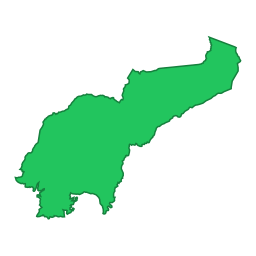 outline of Juscimeira, Mato Grosso, Brazil
{"feature_id": "56859067B77802724156485", "entity_name": "Juscimeira", "entity_type": "district", "adm_level": 2, "iso_a3": "BRA", "parent_name": "Brazil", "parent_adm1": "Mato Grosso", "projection": "natural_earth1", "projection_center": [-55.01, -16.21], "detail": "fine", "context": "isolated", "style": "filled", "palette": "green", "viewbox_px": 256, "rotation_deg": 0, "n_neighbors": 0, "source": "geoboundaries", "source_scale": "gbopen_adm2", "svg_char_len": 5748}
<svg xmlns="http://www.w3.org/2000/svg" viewBox="0 0 256 256"><path d="M25.0,157.2L25.2,158.2L24.8,159.8L22.7,162.6L21.9,164.6L22.1,165.5L21.4,167.7L20.8,168.6L20.0,169.4L22.0,169.9L22.0,170.9L22.4,171.7L23.3,171.4L24.0,171.8L22.9,173.8L22.3,176.1L21.4,176.8L19.4,177.3L18.4,177.3L17.3,177.9L15.4,177.5L16.2,180.2L17.5,181.7L18.5,182.4L21.1,183.6L22.6,183.3L23.4,183.9L24.5,183.7L25.3,183.7L25.2,186.8L26.0,187.2L26.8,187.1L27.7,187.4L28.8,187.2L29.6,186.8L30.0,187.4L31.7,186.8L32.6,187.0L33.1,188.0L33.8,188.4L33.1,190.3L33.5,191.2L34.4,191.2L34.9,190.6L36.0,188.4L37.1,184.4L37.7,183.4L38.7,182.6L38.3,183.9L38.4,186.1L37.9,187.3L37.7,188.3L37.9,189.1L37.9,190.2L39.0,190.9L41.4,190.4L42.1,190.5L41.6,191.6L39.8,192.7L39.7,193.8L40.7,196.3L39.8,196.0L38.2,194.7L37.1,195.1L37.0,196.1L37.2,197.0L38.0,196.9L40.3,198.6L40.5,199.6L40.1,200.4L40.0,201.6L40.3,203.2L39.5,205.0L40.3,205.5L40.6,206.3L41.3,206.7L41.9,207.4L39.1,209.5L39.3,210.7L39.2,212.0L37.0,215.3L36.7,216.4L37.5,216.7L39.6,216.5L41.5,215.7L42.3,215.7L42.8,215.0L43.6,215.1L44.0,216.0L44.9,216.8L45.8,216.5L46.7,216.9L47.5,217.5L48.3,218.8L49.2,218.6L50.1,216.7L52.0,217.3L52.8,217.1L53.9,216.7L54.2,215.7L54.9,216.1L56.0,215.8L57.9,216.7L58.9,216.8L60.6,216.3L62.4,216.9L64.5,216.8L64.0,213.2L64.1,212.0L63.1,209.8L64.7,210.3L66.4,210.2L67.1,210.5L66.8,211.5L66.8,212.5L66.6,213.4L67.3,214.2L68.8,213.3L70.7,212.6L71.7,211.2L71.9,210.2L70.9,209.5L70.0,209.5L70.0,207.8L71.5,207.0L71.3,206.0L70.4,205.4L70.9,204.9L71.9,204.5L72.7,204.7L73.4,204.4L74.0,202.4L74.6,201.6L76.4,200.8L77.0,200.2L77.0,199.1L77.4,198.0L76.9,197.2L76.1,197.5L75.3,198.2L75.3,199.5L74.6,200.5L73.6,200.9L71.7,200.8L72.4,199.9L73.3,199.3L73.8,197.4L70.6,198.9L69.8,198.8L70.0,197.9L70.5,197.1L70.2,196.1L69.6,195.2L70.2,194.6L70.6,192.9L71.9,193.6L72.8,193.8L76.8,194.2L77.9,194.0L79.5,194.5L82.8,193.0L83.4,192.3L84.4,191.8L85.7,192.3L86.6,192.2L90.7,193.7L92.7,193.5L94.1,194.0L96.3,194.9L98.8,197.5L99.6,199.2L100.2,203.6L102.5,206.2L102.7,207.6L103.2,208.9L103.3,210.4L103.4,211.9L103.0,213.5L104.0,214.0L105.0,213.8L105.8,212.9L106.1,211.2L106.9,210.6L108.4,210.4L108.6,209.2L107.4,207.1L108.3,206.1L109.2,206.3L110.0,207.3L110.8,207.7L111.8,207.3L111.9,206.4L111.6,205.6L110.1,204.5L109.5,203.4L110.0,202.5L112.2,202.6L114.1,201.2L114.6,200.3L114.4,199.4L114.5,198.3L115.0,197.3L113.6,197.1L113.6,193.9L113.9,192.5L114.9,191.1L114.6,189.7L115.0,188.7L115.2,187.4L116.2,187.2L117.8,186.1L117.6,185.3L117.0,184.8L117.5,184.0L118.0,182.5L119.0,183.3L119.6,182.0L120.4,181.9L121.3,181.2L121.1,180.3L121.7,178.4L122.6,178.2L122.5,177.0L123.2,175.6L123.2,173.1L121.4,169.0L121.3,168.0L121.7,165.6L123.0,163.8L122.9,162.8L122.3,161.1L123.8,160.1L124.2,158.6L124.9,157.4L125.9,156.7L125.7,155.8L126.5,155.3L127.8,155.8L128.6,155.2L129.3,152.5L129.6,150.1L129.4,149.3L128.9,148.4L128.9,147.5L129.4,146.0L129.2,145.2L129.6,144.3L130.5,144.4L131.6,145.2L132.7,144.5L134.6,145.1L135.5,144.8L135.8,143.5L136.5,143.6L137.6,145.1L138.3,145.7L139.2,145.8L139.9,146.3L141.4,146.4L142.0,146.1L142.0,144.6L142.9,144.3L144.3,144.4L144.7,143.3L145.9,143.5L146.5,143.3L147.2,142.1L148.1,142.7L149.1,142.5L150.3,139.8L151.8,138.0L152.7,137.4L152.8,136.4L153.8,135.6L154.4,134.7L155.0,132.0L156.0,129.7L156.3,128.2L157.8,126.6L159.5,126.4L161.9,124.4L164.4,123.5L165.3,122.8L169.2,121.2L169.7,120.6L169.8,119.6L172.6,117.9L173.0,116.7L173.6,116.2L175.7,115.6L176.9,115.8L177.6,116.7L178.4,117.0L179.6,117.1L180.7,116.5L181.7,113.9L183.2,113.4L184.9,111.3L188.0,109.5L188.6,108.9L189.5,107.4L190.2,107.2L192.1,107.7L194.5,105.7L195.9,105.0L196.8,105.0L199.8,104.2L203.0,103.1L206.0,100.8L210.9,98.5L213.4,96.3L215.1,95.6L217.4,93.6L218.4,93.2L220.4,93.3L221.7,93.1L223.9,91.7L231.2,88.7L231.2,87.3L232.2,81.1L238.1,71.0L238.1,67.6L237.4,63.5L240.3,61.5L240.6,60.5L239.7,59.2L238.9,56.9L238.0,56.3L237.5,55.3L237.2,54.2L236.3,53.2L235.7,51.3L235.7,50.0L235.8,48.7L236.2,47.7L234.8,46.9L209.2,37.2L209.8,38.4L209.5,39.7L210.1,40.4L210.3,41.1L210.3,42.4L211.0,42.9L211.0,44.3L211.6,45.0L210.9,47.0L211.2,48.1L210.6,48.9L210.8,50.4L208.4,51.8L207.4,51.8L207.1,53.1L206.3,54.2L205.8,55.4L205.9,57.1L206.5,58.4L205.8,59.3L205.7,60.1L204.8,61.0L204.2,61.2L203.5,62.0L203.2,63.1L202.3,63.2L201.4,63.9L198.6,64.5L159.9,68.4L158.4,68.7L156.1,70.5L155.1,70.4L151.0,71.7L146.4,72.0L143.2,70.6L141.5,71.6L140.5,71.9L139.9,73.9L139.2,73.6L138.2,71.7L135.2,71.5L132.9,69.5L127.6,78.1L129.2,79.8L129.1,82.9L127.5,84.3L125.3,84.9L125.4,86.0L124.8,87.2L123.6,88.6L123.5,89.5L123.8,90.9L122.4,94.4L122.2,95.5L123.0,97.1L123.2,98.5L122.7,99.9L121.5,99.5L120.4,100.8L119.4,102.7L116.6,101.3L115.9,100.5L115.2,100.2L113.4,98.5L113.5,97.7L112.9,97.5L112.0,97.9L111.2,97.9L110.5,98.7L109.9,98.5L109.1,98.2L108.3,97.4L107.2,97.0L105.6,96.7L104.7,96.9L104.4,96.1L102.8,95.3L101.6,95.5L100.6,95.3L98.3,95.9L97.2,96.5L96.1,96.7L94.9,96.6L93.1,95.8L91.5,94.5L88.5,94.5L86.6,94.1L85.9,94.9L84.2,95.1L83.5,94.9L81.2,96.1L78.8,96.3L77.6,96.8L76.8,97.4L76.2,98.3L75.2,98.7L74.5,99.5L74.2,100.3L71.7,103.0L70.5,105.2L69.5,105.6L68.8,106.2L68.5,108.5L67.6,109.1L66.2,109.6L64.6,110.8L63.4,111.2L62.6,111.2L59.9,112.3L58.8,112.1L57.6,113.7L56.8,113.5L55.9,114.3L55.0,113.3L54.1,112.8L53.0,113.1L52.9,114.1L52.2,114.6L51.7,115.4L50.8,115.3L49.1,115.9L48.2,116.4L47.5,117.3L46.4,117.9L45.8,119.0L44.9,119.2L44.5,120.1L43.0,122.1L43.5,123.8L43.3,124.8L42.1,127.2L40.1,130.1L38.1,142.6L36.1,144.1L34.8,145.8L34.4,146.9L33.3,148.3L32.6,149.8L32.6,150.9L31.7,152.3L30.7,153.0L29.7,152.8L28.6,152.9L27.7,153.5L27.1,154.6L26.0,155.5L25.0,157.2ZM42.1,190.5L42.7,189.5L43.3,189.0L44.2,188.8L44.2,189.8L43.5,190.1L42.9,190.7L42.1,190.5ZM71.9,210.2L73.0,210.7L74.1,208.9L73.4,208.2L72.5,208.3L72.3,209.4L71.9,210.2Z" fill="#22c55e" stroke="#15803d" stroke-width="1.5"/></svg>